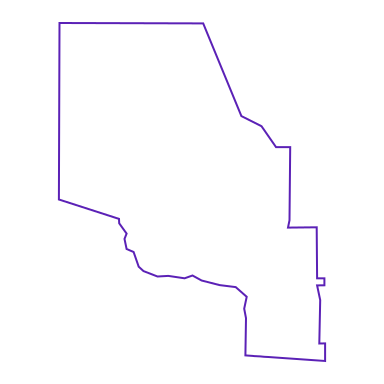 Clinch, Georgia, United States of America
{"feature_id": "52423323B41586767659607", "entity_name": "Clinch", "entity_type": "district", "adm_level": 2, "iso_a3": "USA", "parent_name": "United States of America", "parent_adm1": "Georgia", "projection": "orthographic", "projection_center": [-82.622, 30.883], "detail": "fine", "context": "isolated", "style": "outline", "palette": "violet", "viewbox_px": 384, "rotation_deg": 0, "n_neighbors": 0, "source": "geoboundaries", "source_scale": "gbopen_adm2", "svg_char_len": 684}
<svg xmlns="http://www.w3.org/2000/svg" viewBox="0 0 384 384"><path d="M59.5,23.0L58.9,199.5L119.0,218.9L119.2,223.3L126.6,233.6L124.5,238.9L126.6,249.0L133.6,252.0L138.7,266.7L143.5,271.1L157.5,276.5L168.3,275.9L184.6,278.3L192.5,275.5L201.6,280.5L219.6,285.1L235.7,287.1L246.7,296.8L244.2,308.7L246.0,318.2L245.4,355.4L252.5,355.9L254.3,356.1L260.3,356.4L264.2,356.8L268.4,357.0L273.9,357.4L305.4,359.6L305.5,359.6L325.1,361.0L325.1,343.4L319.3,343.5L320.2,300.1L317.1,285.4L324.4,285.3L324.4,278.3L317.1,278.3L316.7,227.3L288.0,227.6L289.5,220.3L290.2,147.1L276.0,147.1L261.5,126.2L241.4,116.1L205.7,29.5L203.2,23.4L59.5,23.0Z" fill="none" stroke="#5b21b6" stroke-width="2"/></svg>